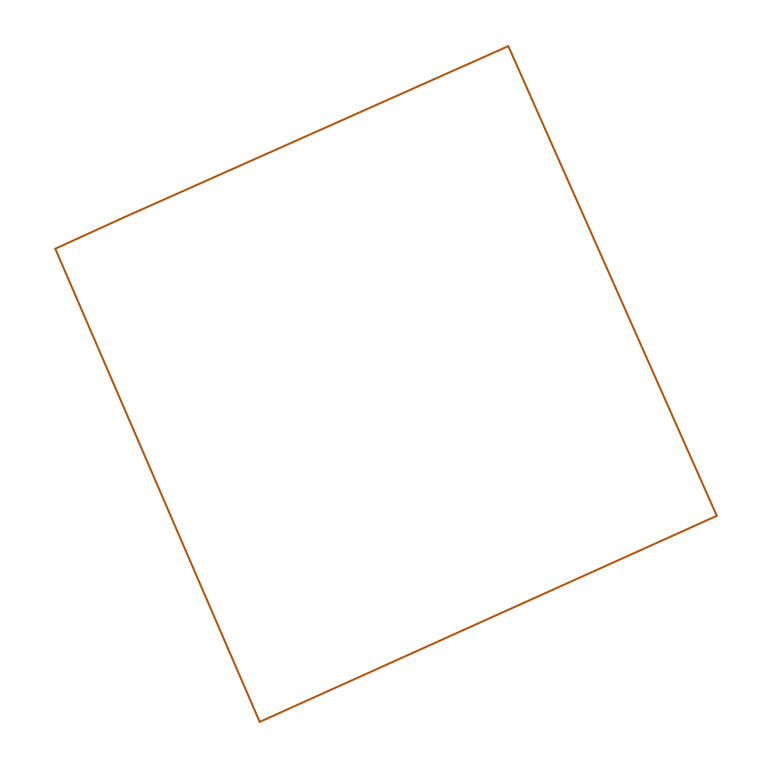 the district of Martin, Texas, United States of America, rotated 156°
{"feature_id": "52423323B4659936825166", "entity_name": "Martin", "entity_type": "district", "adm_level": 2, "iso_a3": "USA", "parent_name": "United States of America", "parent_adm1": "Texas", "projection": "natural_earth1", "projection_center": [-101.937, 32.306], "detail": "fine", "context": "isolated", "style": "outline", "palette": "amber", "viewbox_px": 768, "rotation_deg": 156, "n_neighbors": 0, "source": "geoboundaries", "source_scale": "gbopen_adm2", "svg_char_len": 250}
<svg xmlns="http://www.w3.org/2000/svg" viewBox="0 0 768 768"><g transform="rotate(156 384 384)"><path d="M551.4,642.0L629.3,641.3L635.0,125.9L141.6,128.2L133.6,128.2L133.0,642.1L551.4,642.0Z" fill="none" stroke="#b45309" stroke-width="2"/></g></svg>